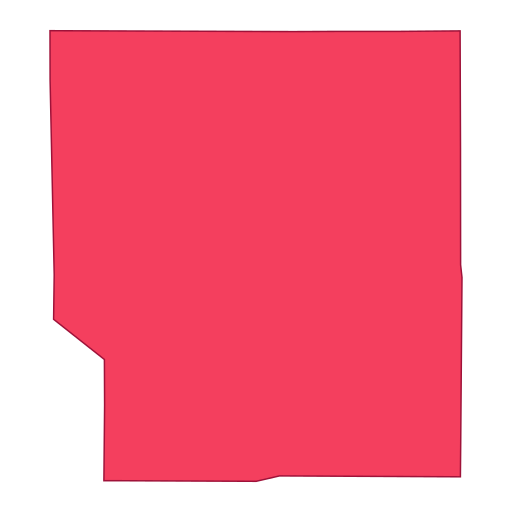 Panola, Mississippi, United States of America
{"feature_id": "52423323B80158894867662", "entity_name": "Panola", "entity_type": "district", "adm_level": 2, "iso_a3": "USA", "parent_name": "United States of America", "parent_adm1": "Mississippi", "projection": "equal_earth", "projection_center": [-89.93, 34.357], "detail": "fine", "context": "isolated", "style": "filled", "palette": "rose", "viewbox_px": 512, "rotation_deg": 0, "n_neighbors": 0, "source": "geoboundaries", "source_scale": "gbopen_adm2", "svg_char_len": 374}
<svg xmlns="http://www.w3.org/2000/svg" viewBox="0 0 512 512"><path d="M460.7,443.6L462.0,277.5L460.6,264.8L460.5,151.4L460.5,148.7L460.1,30.9L399.2,31.4L338.6,31.4L293.2,31.6L50.0,30.7L50.1,80.1L54.2,274.9L53.6,319.3L104.4,359.5L104.6,405.3L103.9,480.7L118.0,480.7L256.2,481.3L279.5,475.9L460.4,476.8L460.7,443.6Z" fill="#f43f5e" stroke="#9f1239" stroke-width="1.5"/></svg>